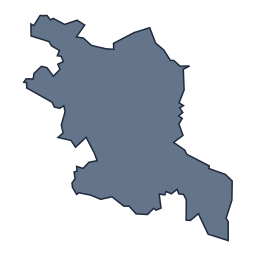 Zhelino, Želino, North Macedonia (Equal Earth projection)
{"feature_id": "65306769B31253280068655", "entity_name": "Zhelino", "entity_type": "district", "adm_level": 2, "iso_a3": "MKD", "parent_name": "North Macedonia", "parent_adm1": "Želino", "projection": "equal_earth", "projection_center": [21.113, 41.927], "detail": "fine", "context": "isolated", "style": "filled", "palette": "slate", "viewbox_px": 256, "rotation_deg": 0, "n_neighbors": 0, "source": "geoboundaries", "source_scale": "gbopen_adm2", "svg_char_len": 1341}
<svg xmlns="http://www.w3.org/2000/svg" viewBox="0 0 256 256"><path d="M228.2,240.6L228.2,221.6L226.1,218.1L231.9,200.1L232.2,181.0L225.2,174.3L208.8,168.5L209.3,165.9L186.8,154.3L184.7,150.1L173.6,142.4L183.0,135.4L178.9,123.9L182.3,118.4L178.6,115.9L182.8,112.5L179.7,107.9L183.5,105.6L179.1,102.8L184.1,90.0L183.3,69.3L189.6,66.0L180.1,66.2L173.7,60.4L170.4,60.4L163.7,49.9L155.6,43.1L149.7,27.7L134.1,32.6L113.5,43.3L113.7,49.3L105.9,48.8L91.4,45.4L83.3,38.0L76.4,36.9L84.7,25.1L77.1,20.2L64.6,24.4L53.2,18.4L50.5,19.9L46.9,15.4L42.8,15.7L40.2,15.4L33.8,25.6L30.9,24.0L31.1,36.0L49.0,41.6L51.6,46.0L59.4,50.4L57.3,55.8L61.2,56.3L63.3,61.6L57.8,64.2L60.0,69.3L53.4,76.2L47.0,67.7L41.4,66.3L33.9,73.6L33.2,78.9L26.0,78.9L23.8,82.3L26.7,82.8L26.7,88.0L52.0,102.2L54.4,107.0L59.6,108.3L63.8,105.7L65.1,111.5L61.3,125.2L63.1,132.9L58.0,137.5L71.0,140.4L75.5,147.2L86.1,137.3L94.5,153.4L97.1,160.7L89.0,162.2L83.1,168.4L76.6,166.4L77.0,171.1L74.1,172.0L75.1,178.5L72.0,183.1L72.4,187.2L76.6,194.4L78.8,192.8L90.6,195.1L100.6,199.3L112.0,196.8L123.9,206.2L129.1,206.2L136.1,213.9L147.5,214.5L153.7,208.3L156.0,210.2L161.0,208.1L159.2,194.1L164.8,194.9L166.1,191.5L171.4,193.8L177.1,189.4L178.8,193.9L183.5,194.4L186.3,199.7L186.1,220.1L190.3,220.5L198.4,213.7L208.1,234.2L228.2,240.6Z" fill="#64748b" stroke="#1e293b" stroke-width="1.5"/></svg>